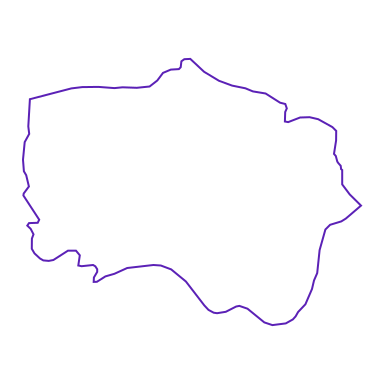 San José La Arada, Chiquimula, Guatemala (Mercator projection)
{"feature_id": "79465075B89151585354949", "entity_name": "San José La Arada", "entity_type": "district", "adm_level": 2, "iso_a3": "GTM", "parent_name": "Guatemala", "parent_adm1": "Chiquimula", "projection": "mercator", "projection_center": [-89.61, 14.714], "detail": "fine", "context": "isolated", "style": "outline", "palette": "violet", "viewbox_px": 384, "rotation_deg": 0, "n_neighbors": 0, "source": "geoboundaries", "source_scale": "gbopen_adm2", "svg_char_len": 1373}
<svg xmlns="http://www.w3.org/2000/svg" viewBox="0 0 384 384"><path d="M29.9,99.2L28.3,126.4L29.2,133.9L24.7,142.1L23.0,159.7L23.9,171.3L26.2,175.2L28.9,186.5L23.7,193.5L23.4,195.5L39.2,219.7L37.7,222.8L29.0,223.1L27.3,225.6L30.7,228.9L33.5,234.3L31.9,238.6L31.8,248.8L34.5,253.4L40.0,258.5L43.3,260.4L48.7,260.9L53.4,260.0L67.9,250.7L76.0,250.7L79.8,255.3L78.3,265.5L81.6,266.2L93.1,265.0L95.3,266.3L97.2,269.2L97.2,271.9L93.9,277.5L93.7,281.9L96.9,281.8L105.4,276.4L114.4,273.8L127.2,268.0L153.4,265.0L160.8,265.5L171.2,269.4L185.9,281.5L204.3,305.4L208.5,309.9L213.7,312.7L217.1,313.2L225.8,311.8L236.2,306.5L239.4,305.9L247.5,308.7L264.3,322.4L272.4,325.1L285.8,323.4L292.9,319.4L295.6,316.4L298.1,312.0L305.4,304.3L312.0,289.0L314.0,280.5L317.2,273.1L319.6,250.1L325.4,229.5L330.1,224.8L341.3,221.4L345.8,218.6L361.0,205.6L349.7,194.4L342.2,184.4L342.2,170.0L341.1,169.1L340.7,165.8L338.4,163.2L337.3,161.6L335.8,156.0L334.0,153.9L336.1,140.4L336.2,130.9L332.4,127.1L318.2,119.2L309.6,117.2L300.1,117.5L288.2,122.1L284.9,121.5L285.2,112.0L286.8,108.4L285.3,104.0L280.1,102.7L265.6,93.5L252.9,91.4L245.4,88.3L232.1,85.6L219.0,80.8L204.1,71.8L190.3,58.9L184.3,59.2L181.4,61.3L180.7,67.2L178.9,69.1L170.8,69.6L163.0,72.9L157.3,80.5L149.6,86.5L136.8,87.8L122.5,87.3L114.5,88.1L98.4,86.9L82.2,87.1L71.4,88.4L29.9,99.2Z" fill="none" stroke="#5b21b6" stroke-width="2"/></svg>